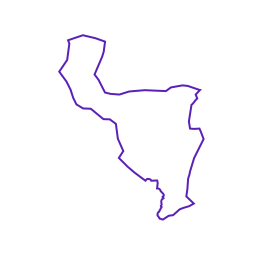 outline of Cenxer, Arhangay, Mongolia, rotated 296°
{"feature_id": "93677404B83456486542542", "entity_name": "Cenxer", "entity_type": "district", "adm_level": 2, "iso_a3": "MNG", "parent_name": "Mongolia", "parent_adm1": "Arhangay", "projection": "mercator", "projection_center": [101.504, 47.228], "detail": "fine", "context": "isolated", "style": "outline", "palette": "violet", "viewbox_px": 256, "rotation_deg": 296, "n_neighbors": 0, "source": "geoboundaries", "source_scale": "gbopen_adm2", "svg_char_len": 1662}
<svg xmlns="http://www.w3.org/2000/svg" viewBox="0 0 256 256"><g transform="rotate(296 128 128)"><path d="M193.7,176.0L193.6,175.7L192.0,163.2L190.2,158.3L183.3,148.8L177.8,145.9L169.3,126.4L161.3,113.0L154.3,105.6L151.1,97.6L149.8,91.8L158.4,80.4L161.4,74.5L181.1,73.5L186.0,72.7L195.6,69.5L194.4,59.2L191.6,46.8L184.4,39.5L180.6,35.7L178.1,38.3L162.5,43.5L148.5,41.5L144.8,48.5L142.8,52.3L137.0,59.9L136.9,59.9L131.0,65.6L126.6,71.3L125.9,79.1L129.0,86.1L127.2,93.6L125.2,102.0L127.8,107.9L126.4,115.3L113.9,123.6L105.2,133.9L97.1,132.9L93.1,144.5L91.0,152.5L90.9,152.9L88.9,163.3L88.9,163.5L88.3,166.8L90.2,167.3L90.7,167.7L91.0,168.3L91.3,169.2L91.5,169.9L91.6,170.4L91.3,171.4L90.8,172.1L93.6,177.1L93.3,177.5L92.3,178.3L91.9,178.5L91.4,178.9L86.4,180.6L86.9,181.8L86.9,182.9L86.8,183.4L86.3,184.3L85.5,185.2L85.1,186.4L84.5,188.0L84.0,188.9L83.5,189.6L82.6,189.8L81.2,189.3L80.5,190.7L78.7,189.8L77.9,189.8L77.3,189.9L76.3,190.2L75.6,190.7L75.0,191.0L74.5,191.5L73.9,191.8L72.9,191.8L72.4,191.7L72.0,192.2L71.8,192.8L71.1,192.9L70.7,192.7L70.2,192.6L69.7,192.7L69.1,192.8L68.4,192.7L67.9,192.5L67.4,192.5L66.9,192.7L66.0,192.5L65.0,192.0L64.3,192.1L63.2,192.5L62.4,192.8L62.1,193.1L62.0,193.4L61.9,193.9L61.3,194.9L60.4,196.2L60.7,196.9L60.7,197.9L60.8,198.0L61.0,199.5L67.0,203.1L69.4,206.7L72.4,208.0L77.4,210.0L80.2,212.5L84.5,217.2L88.9,220.3L92.1,210.4L99.0,208.2L108.7,204.3L113.8,203.5L115.6,202.9L130.0,200.6L151.2,200.8L156.1,195.6L156.3,195.4L158.8,192.5L156.0,187.5L154.7,184.0L160.5,179.9L167.9,177.6L176.7,174.9L177.9,175.5L178.0,175.5L182.9,176.6L184.9,177.3L187.7,174.2L193.7,176.0Z" fill="none" stroke="#5b21b6" stroke-width="2"/></g></svg>